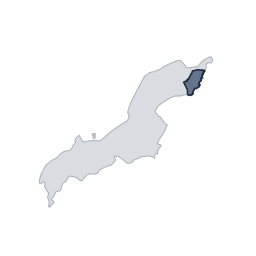 Chikwawa, Chikwawa, Malawi shown in context, rotated 242°
{"feature_id": "42251766B28594103932184", "entity_name": "Chikwawa", "entity_type": "district", "adm_level": 2, "iso_a3": "MWI", "parent_name": "Malawi", "parent_adm1": "Chikwawa", "projection": "robinson", "projection_center": [34.783, -16.215], "detail": "fine", "context": "in_parent", "style": "filled", "palette": "slate", "viewbox_px": 256, "rotation_deg": 242, "n_neighbors": 0, "source": "geoboundaries", "source_scale": "gbopen_adm2", "svg_char_len": 6565}
<svg xmlns="http://www.w3.org/2000/svg" viewBox="0 0 256 256"><g transform="rotate(242 128 128)"><path d="M101.9,148.7L100.6,146.7L99.5,147.2L98.1,148.6L97.3,149.0L96.8,149.0L96.6,148.6L96.2,147.7L95.1,145.2L93.8,143.3L92.4,142.6L91.3,141.8L91.8,140.9L92.3,140.4L92.1,139.8L91.5,138.9L89.1,137.6L89.0,137.0L91.2,135.9L92.5,134.6L93.4,133.4L94.6,130.6L95.5,127.8L96.2,126.9L96.4,125.1L96.3,123.1L96.7,120.4L97.0,118.0L96.3,117.0L95.7,115.3L96.4,112.5L97.5,110.5L102.9,108.5L106.6,106.6L107.4,105.8L108.7,104.3L109.4,102.7L108.9,102.3L105.9,102.2L105.2,101.6L103.1,96.2L104.2,90.0L104.3,87.6L104.3,84.6L103.9,82.4L103.0,81.4L102.4,80.3L102.6,77.0L103.4,76.6L105.3,72.4L106.1,69.8L105.1,67.8L104.0,65.0L103.5,63.1L103.2,62.5L104.0,61.4L105.3,60.3L106.7,60.0L108.2,59.5L112.9,54.2L112.9,53.1L112.1,51.4L110.3,48.7L109.9,47.6L109.7,44.3L109.0,43.4L106.4,41.2L104.4,38.9L105.0,36.6L105.4,34.1L104.4,32.7L102.9,31.2L102.0,29.1L101.6,27.5L100.4,26.9L99.4,26.9L98.6,27.9L97.7,27.8L96.7,27.4L96.4,26.1L96.3,24.6L95.6,23.6L95.0,22.2L94.9,21.5L95.3,21.3L96.2,21.1L100.0,23.9L102.3,24.1L104.9,24.6L107.1,27.0L108.2,27.4L109.6,27.0L113.8,26.8L115.4,27.1L117.6,28.5L118.4,28.7L119.8,28.8L120.0,28.4L120.1,27.6L119.9,25.9L120.2,24.9L121.0,23.9L123.3,25.1L128.9,30.4L129.1,31.1L132.7,36.4L133.9,38.7L133.9,39.9L135.0,44.5L135.2,46.7L135.0,48.3L135.0,49.7L135.5,51.6L135.3,52.4L136.6,55.1L137.2,57.5L137.3,59.8L137.0,62.0L135.8,65.2L135.7,66.5L135.9,67.7L136.6,69.0L137.9,70.4L138.8,72.1L139.4,74.0L139.9,74.9L140.6,74.9L141.8,75.2L142.8,76.4L143.9,78.3L144.3,80.5L144.4,81.5L141.2,81.4L137.2,81.7L136.2,82.6L135.9,84.5L134.6,88.5L133.9,90.0L132.4,92.7L130.3,96.4L129.8,97.7L129.9,98.9L131.2,104.0L132.5,109.4L132.9,111.5L133.8,118.7L134.3,123.7L134.4,126.7L134.8,130.7L136.0,132.8L137.2,134.2L141.8,135.0L143.1,136.0L145.7,138.5L151.4,145.5L154.5,150.0L157.2,153.9L162.1,161.2L165.9,166.9L166.3,172.2L167.0,173.0L165.7,176.9L164.8,183.3L165.4,187.6L165.2,194.8L164.5,202.5L163.6,205.2L162.5,206.3L159.8,207.1L154.0,208.0L153.2,208.9L152.4,210.4L151.2,214.0L149.8,217.6L149.4,219.1L149.7,219.4L150.9,221.3L152.2,225.9L152.4,233.9L151.9,234.5L150.2,234.9L148.4,234.7L147.6,234.3L146.9,233.4L146.4,231.7L147.6,230.5L148.1,228.4L147.3,226.6L145.7,226.2L143.8,224.6L139.6,219.3L136.0,215.5L134.0,212.4L131.9,211.2L131.3,210.4L130.8,209.1L130.8,207.2L131.0,205.8L130.3,204.3L128.2,201.8L127.3,200.5L127.2,198.9L128.1,197.4L129.9,195.5L131.3,191.6L131.7,189.2L134.3,184.2L134.7,179.9L134.7,176.4L134.5,173.8L133.9,168.5L133.4,164.9L130.3,160.1L129.3,159.6L126.3,160.1L123.7,160.8L122.4,161.8L120.5,161.8L115.5,162.6L113.9,163.0L113.0,163.9L112.4,164.1L109.3,160.4L106.5,156.4L102.9,149.5L101.9,148.7ZM138.6,96.2L137.8,96.4L137.2,95.9L137.4,94.4L137.7,93.4L138.5,93.2L139.1,93.5L139.5,94.0L139.5,94.7L139.3,95.5L138.6,96.2ZM136.7,93.5L136.2,94.9L135.2,94.9L134.3,93.6L134.6,92.6L135.5,92.3L136.3,92.7L136.7,93.5Z" fill="#d9dde1" stroke="#a8b0b8" stroke-width="1"/><path d="M140.3,198.6L133.9,198.3L131.6,197.2L131.0,197.0L129.8,196.4L129.7,196.5L129.5,196.4L129.4,196.4L129.2,196.5L128.9,196.7L128.8,196.8L128.7,196.8L128.4,197.2L128.3,197.4L128.2,197.7L127.8,197.8L127.8,198.1L127.8,198.3L127.7,198.5L127.4,198.7L127.4,198.8L127.5,198.8L127.4,198.9L127.4,199.1L127.3,199.3L127.3,199.5L127.5,199.6L127.4,199.8L127.5,199.9L127.4,199.9L127.3,200.2L127.4,200.3L127.5,200.4L127.4,200.5L127.5,200.9L127.5,201.2L127.5,201.3L127.8,201.3L127.9,201.5L128.0,201.5L128.4,201.7L128.5,201.5L128.9,201.9L129.1,202.0L129.1,202.3L129.6,202.5L129.8,202.6L129.9,202.8L130.0,203.0L130.3,203.6L130.3,203.9L130.5,204.0L130.9,204.3L131.0,204.4L131.3,204.5L131.5,204.7L131.5,204.8L131.4,204.9L131.5,205.1L131.8,205.3L131.7,205.5L131.5,205.8L131.4,205.9L131.3,206.0L131.2,206.3L130.9,206.6L130.8,207.0L130.7,207.2L130.7,207.3L130.8,207.7L131.0,207.9L131.0,208.0L130.9,208.2L130.9,208.3L130.9,208.5L131.0,208.8L130.9,209.0L131.0,209.1L131.1,209.3L131.0,209.5L131.3,209.5L131.4,210.1L131.5,210.1L131.4,210.4L131.5,210.4L131.5,210.5L131.6,210.8L131.8,210.8L131.9,211.1L132.1,211.1L132.2,211.3L132.4,211.3L132.5,211.3L132.7,211.2L132.8,211.2L132.9,211.3L132.8,211.5L133.0,211.4L133.0,211.7L133.3,211.6L133.5,211.6L133.8,211.3L134.0,211.5L134.4,211.7L134.3,211.9L134.4,212.0L134.5,212.0L135.0,212.2L135.1,212.5L135.1,212.9L135.0,213.1L135.2,213.3L135.4,213.5L135.5,213.7L135.5,213.8L135.4,214.0L135.4,214.3L135.4,214.5L135.5,214.7L135.5,214.8L135.6,215.0L135.8,215.1L136.0,215.2L136.1,215.3L136.2,215.2L136.3,215.2L136.3,215.3L136.5,215.4L136.6,215.5L136.8,215.6L136.8,215.9L136.9,216.0L137.0,216.0L137.2,215.9L137.3,215.8L137.4,215.7L137.6,215.7L137.6,215.9L137.6,216.0L137.7,216.3L137.8,216.4L137.8,216.6L137.6,216.8L137.7,217.1L137.8,217.1L137.8,217.3L137.7,217.4L137.8,217.4L137.9,217.5L138.0,217.5L138.2,217.4L138.4,217.3L138.6,217.3L138.8,217.3L139.0,217.5L139.4,217.7L139.4,217.9L139.6,218.0L139.7,218.4L139.8,218.5L140.0,218.5L140.1,218.9L140.0,219.1L140.1,219.3L139.9,219.5L140.0,219.7L140.4,219.8L140.6,220.0L140.7,219.9L140.7,220.0L140.9,220.1L141.0,220.2L141.2,220.3L141.4,220.1L141.5,220.2L141.6,220.3L141.6,220.5L141.8,220.7L141.7,220.9L141.8,221.0L141.8,221.6L141.9,221.8L141.9,222.0L142.0,222.2L142.1,222.3L142.2,222.2L142.2,222.3L142.3,222.3L142.5,222.6L142.8,222.6L143.1,222.6L143.1,222.3L143.2,222.2L143.3,221.9L143.4,221.7L143.5,221.5L143.6,221.4L143.8,221.1L144.0,221.1L144.5,220.9L144.6,220.7L144.8,220.4L144.8,220.2L144.7,220.2L144.8,220.0L144.8,219.9L144.7,219.7L144.8,219.6L144.8,219.3L145.1,219.0L145.5,218.7L145.6,218.4L145.7,218.2L145.9,218.1L146.0,218.1L146.1,217.9L146.3,217.7L146.5,217.6L146.6,217.4L146.8,216.8L146.8,216.5L147.1,215.7L147.3,214.9L147.4,214.3L147.4,214.2L147.5,213.7L147.7,213.2L147.8,212.8L147.9,212.5L148.1,212.2L147.9,211.9L147.8,211.7L147.9,211.4L147.7,211.3L147.4,211.0L147.3,210.9L147.2,210.8L146.8,210.6L146.6,210.5L146.6,210.2L146.4,210.0L146.2,209.6L146.2,209.4L146.0,209.1L145.9,209.0L145.8,208.9L145.9,208.7L146.0,208.7L145.2,207.6L144.4,207.1L144.2,206.7L144.0,206.4L143.8,206.0L143.7,205.9L143.8,205.8L143.7,205.7L143.8,205.7L143.7,205.6L143.6,205.4L143.4,205.1L143.3,204.8L143.3,204.7L143.2,204.4L143.1,204.2L143.1,203.9L142.9,203.9L142.7,204.0L142.7,203.9L142.6,203.6L142.6,203.4L142.8,203.2L142.8,202.9L142.7,202.8L142.7,202.6L142.3,202.5L142.2,202.5L141.8,202.8L141.7,202.7L141.7,202.4L141.8,202.2L142.0,201.8L142.2,201.5L142.2,201.4L142.1,201.2L142.0,200.9L141.9,200.9L142.0,200.7L142.3,200.2L142.4,199.8L142.5,199.7L142.4,199.5L142.4,199.3L142.4,199.2L142.3,198.9L142.2,198.6L140.3,198.6Z" fill="#64748b" stroke="#1e293b" stroke-width="1.5"/></g></svg>